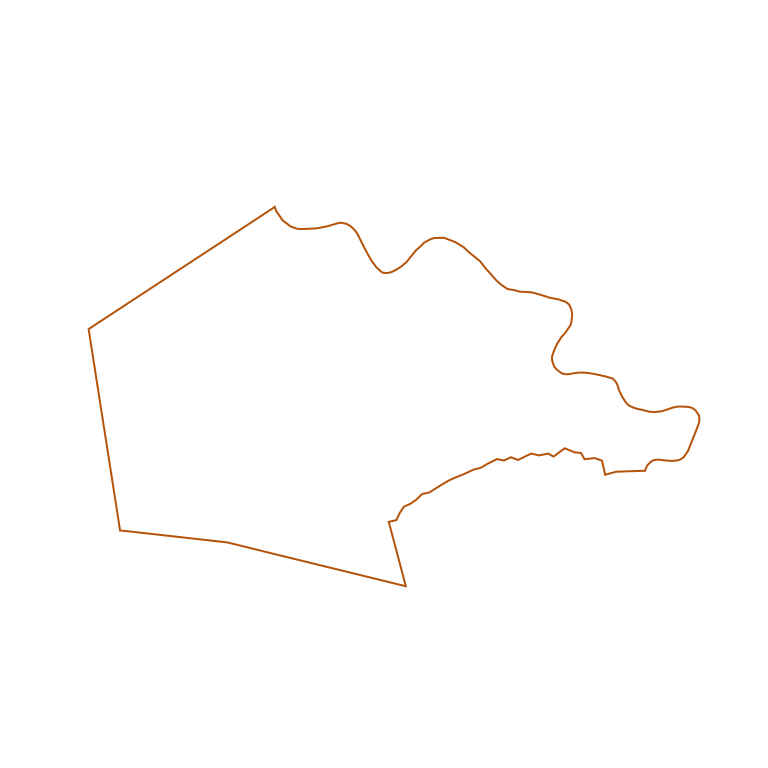 outline of Concepción, Misiones, Argentina, rotated 254°
{"feature_id": "61730980B41653998480199", "entity_name": "Concepción", "entity_type": "district", "adm_level": 2, "iso_a3": "ARG", "parent_name": "Argentina", "parent_adm1": "Misiones", "projection": "orthographic", "projection_center": [-55.471, -27.961], "detail": "fine", "context": "isolated", "style": "outline", "palette": "amber", "viewbox_px": 768, "rotation_deg": 254, "n_neighbors": 0, "source": "geoboundaries", "source_scale": "gbopen_adm2", "svg_char_len": 2863}
<svg xmlns="http://www.w3.org/2000/svg" viewBox="0 0 768 768"><g transform="rotate(254 384 384)"><path d="M518.2,115.2L348.5,94.0L343.5,93.4L316.0,89.9L274.9,189.7L271.1,196.4L260.0,215.7L251.3,230.8L183.6,349.2L186.1,349.3L250.2,350.6L249.7,358.3L255.5,363.4L260.5,369.1L261.7,376.7L264.2,383.8L267.8,390.4L267.2,397.7L269.4,405.0L271.5,412.3L273.4,419.8L274.5,427.4L275.2,435.1L277.0,446.4L276.8,454.2L278.7,461.3L280.7,471.9L277.4,478.2L278.6,485.8L274.0,492.0L275.3,499.2L275.4,499.3L275.9,502.6L276.5,506.6L272.7,513.1L271.8,522.7L267.5,527.0L270.0,533.5L272.4,540.0L265.7,548.5L264.2,552.3L263.3,554.4L256.4,556.0L256.1,558.0L254.7,566.2L250.2,572.4L235.8,571.6L235.7,582.9L232.3,596.6L231.3,600.4L230.3,604.5L229.1,609.1L228.6,611.0L230.1,612.0L232.6,614.0L233.2,614.8L234.4,616.6L235.8,619.4L236.1,620.8L236.4,622.3L236.1,625.4L235.0,628.6L233.7,631.6L232.2,635.3L231.2,638.1L230.3,641.5L229.7,644.9L229.7,647.8L231.1,652.0L232.6,653.9L235.5,657.5L245.2,665.0L250.1,668.8L255.1,672.6L259.4,675.9L263.0,677.4L266.6,678.1L269.9,677.2L273.1,676.0L275.2,674.3L276.6,673.0L278.2,669.9L279.2,667.1L280.2,664.2L281.4,659.7L281.7,655.7L281.5,650.4L281.3,647.0L281.2,643.6L281.8,640.1L282.4,636.3L284.4,631.1L286.1,628.2L288.6,623.9L290.2,620.8L291.8,618.3L293.8,615.7L295.7,613.8L296.9,612.8L300.2,611.2L304.8,609.8L312.5,608.3L320.0,608.0L322.6,607.2L326.2,605.3L330.2,599.1L335.0,590.1L338.5,583.0L340.0,578.8L341.0,575.5L341.8,571.2L341.9,570.1L342.2,567.1L342.6,564.1L343.4,561.1L345.1,557.9L345.6,557.5L348.6,555.2L350.2,554.1L354.0,552.3L360.2,552.1L364.0,553.0L369.8,557.1L374.9,561.5L380.2,567.5L381.8,570.0L383.7,573.0L389.3,579.6L390.2,580.1L392.5,581.5L399.7,584.3L404.0,584.6L409.4,583.9L413.0,581.2L416.0,576.7L416.8,575.8L421.5,566.7L426.4,559.4L431.4,551.3L434.7,541.9L435.0,540.5L438.0,535.7L441.3,528.9L441.9,528.4L446.7,524.3L449.9,522.3L453.9,519.8L459.2,517.4L462.6,515.9L466.0,514.0L468.2,513.1L475.3,510.3L482.7,505.2L486.7,502.3L493.8,498.1L500.9,491.4L508.0,482.0L510.5,472.5L510.4,469.8L510.3,468.4L508.8,461.4L507.6,459.6L505.5,455.4L503.8,451.8L497.9,443.3L495.2,439.6L493.6,436.0L491.9,432.3L490.8,428.3L490.4,426.6L490.2,425.7L489.7,423.2L489.6,422.6L489.5,419.5L490.2,416.2L491.2,413.9L491.3,413.7L492.9,412.1L495.9,410.3L498.1,408.9L502.8,407.2L506.5,405.8L514.7,403.9L520.4,402.7L520.6,402.7L526.5,401.5L527.3,401.4L535.8,399.8L540.0,398.3L544.8,395.5L547.9,392.5L548.2,392.2L549.7,389.5L550.6,387.8L551.1,385.9L551.3,385.2L551.3,382.6L551.2,373.7L552.1,362.8L552.2,362.1L554.6,351.8L555.3,348.9L555.9,346.9L556.7,344.5L556.9,343.7L559.1,340.5L560.3,338.8L561.2,337.6L561.9,337.1L568.8,332.0L569.2,331.8L569.2,331.7L579.4,328.2L579.9,328.1L580.0,328.1L581.4,328.0L583.2,327.8L584.4,327.8L584.3,327.5L583.7,325.6L583.4,324.9L565.5,267.5L560.7,252.0L521.2,124.8L518.2,115.2Z" fill="none" stroke="#b45309" stroke-width="2"/></g></svg>